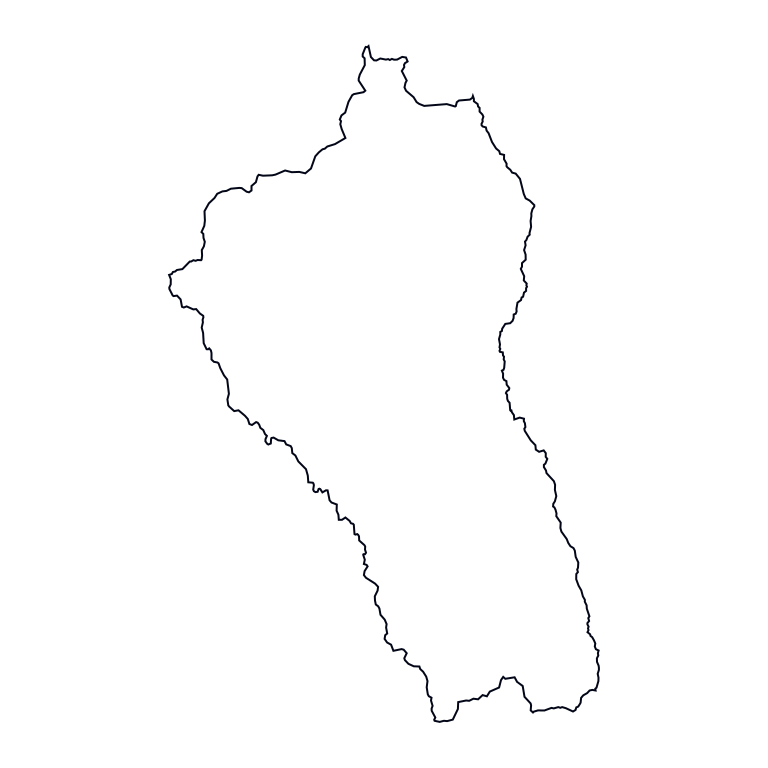 Luya, Amazonas, Peru
{"feature_id": "86281439B36739212274860", "entity_name": "Luya", "entity_type": "district", "adm_level": 2, "iso_a3": "PER", "parent_name": "Peru", "parent_adm1": "Amazonas", "projection": "natural_earth1", "projection_center": [-78.033, -6.324], "detail": "fine", "context": "isolated", "style": "outline", "palette": "ink", "viewbox_px": 768, "rotation_deg": 0, "n_neighbors": 0, "source": "geoboundaries", "source_scale": "gbopen_adm2", "svg_char_len": 6085}
<svg xmlns="http://www.w3.org/2000/svg" viewBox="0 0 768 768"><path d="M368.5,46.1L367.3,47.2L365.8,46.9L365.3,47.6L362.7,54.2L362.7,56.5L364.6,58.3L364.8,65.1L359.8,74.6L358.7,78.6L358.7,80.6L365.3,90.7L363.5,92.2L353.9,94.1L352.2,95.2L348.5,101.8L345.2,112.6L341.5,115.4L339.8,119.5L341.0,121.1L340.3,124.2L341.7,129.1L345.4,138.0L335.0,144.1L327.3,146.5L324.8,148.7L322.5,149.3L318.8,152.4L315.3,156.3L311.0,168.5L305.3,173.3L299.3,171.9L291.8,172.2L285.1,170.5L275.5,174.6L272.2,175.3L263.0,175.7L258.7,174.8L257.5,176.4L255.9,182.2L251.5,186.0L251.5,190.5L249.0,192.3L246.6,191.7L241.7,188.1L239.4,187.9L230.9,188.7L226.5,190.9L222.4,191.4L217.2,193.8L214.5,198.0L208.9,203.3L204.5,211.2L204.9,220.6L204.3,225.8L201.5,232.1L203.3,233.9L203.5,237.9L204.8,241.8L203.9,246.3L201.8,250.1L202.1,255.6L201.6,259.6L201.1,260.2L197.6,260.0L195.6,260.8L193.4,260.2L191.2,261.5L189.8,261.5L182.4,269.1L176.9,270.0L175.2,271.5L172.9,272.0L171.8,274.0L169.1,274.9L170.8,279.2L170.7,284.4L169.3,287.4L169.4,289.0L172.7,295.5L173.6,296.1L177.0,295.6L180.6,299.4L182.0,306.8L183.8,307.5L186.6,306.4L193.3,309.4L196.2,309.1L199.9,313.5L203.2,315.8L203.4,317.3L202.6,319.8L202.9,322.4L201.7,327.6L203.1,332.9L203.7,343.2L206.6,349.2L208.0,349.3L209.2,348.4L210.9,350.4L211.5,353.0L211.5,359.5L213.9,361.8L217.5,362.5L218.6,363.4L220.3,368.2L224.0,375.4L227.2,379.5L228.9,393.8L227.4,399.4L228.3,405.4L229.1,406.5L234.2,411.1L238.5,410.3L245.0,415.8L247.8,419.0L249.4,424.0L252.0,425.0L256.1,422.1L257.7,422.7L259.2,424.7L260.3,427.8L263.3,430.1L265.0,434.0L266.9,435.9L265.5,439.1L265.4,441.3L267.2,443.8L268.3,444.5L270.8,443.5L271.1,438.9L271.5,438.0L273.6,437.6L278.3,440.3L284.5,441.1L286.2,444.4L290.7,446.1L291.8,448.1L292.3,453.1L295.4,455.5L298.3,461.4L306.0,469.2L307.8,475.6L308.3,482.3L312.8,482.7L313.4,483.4L313.9,485.1L313.2,489.6L313.9,491.2L315.4,492.1L317.6,491.8L318.6,489.0L319.4,488.7L320.3,489.1L322.4,492.4L326.0,490.3L327.6,490.4L329.6,500.3L331.5,502.5L336.8,504.5L336.6,510.7L338.4,514.7L338.8,519.8L342.0,519.8L345.4,517.5L349.6,520.9L351.0,523.3L353.0,523.8L353.8,524.7L354.5,534.1L355.4,534.6L357.3,534.1L358.2,534.9L359.0,536.3L359.2,540.5L364.4,545.1L365.2,546.5L365.0,549.6L366.0,552.7L365.0,554.2L363.5,554.2L363.2,554.8L364.8,559.7L363.9,564.0L366.6,564.9L367.6,566.4L364.6,571.1L363.9,575.1L366.0,577.8L375.1,583.6L378.1,586.8L377.6,590.6L374.8,596.3L375.0,600.6L375.8,604.5L378.2,606.3L379.4,608.5L380.5,614.8L384.7,619.6L386.6,624.1L386.1,627.5L387.2,633.5L385.2,635.2L384.6,638.9L387.1,642.5L391.1,644.7L393.4,650.8L401.6,649.1L403.7,649.7L406.7,653.2L404.3,658.2L404.9,660.1L408.4,663.8L413.8,666.3L419.4,666.5L420.2,669.0L423.1,671.7L426.2,676.6L427.5,681.1L426.7,687.3L427.8,694.3L428.8,696.2L431.5,697.7L431.0,700.5L432.6,705.9L431.6,708.6L431.7,710.8L435.3,717.5L434.2,719.8L434.6,720.8L439.7,721.9L443.9,720.8L447.2,721.1L452.8,719.6L457.9,709.0L458.2,702.1L466.1,700.5L469.2,700.8L473.4,698.7L478.1,699.3L482.6,695.1L486.9,696.3L489.8,691.6L499.1,687.5L501.0,680.1L503.2,676.9L505.3,678.8L514.6,677.3L517.1,681.9L522.7,686.0L524.5,696.8L530.6,703.4L531.1,705.3L530.7,710.4L533.0,712.5L533.9,711.6L538.0,710.4L544.4,710.5L551.5,707.9L553.8,708.4L558.3,707.1L560.3,707.8L562.2,707.1L565.9,708.2L573.0,711.5L575.5,710.0L576.3,707.4L578.2,706.6L579.7,704.3L580.6,702.7L581.1,697.9L583.3,695.3L587.2,693.1L589.6,690.5L592.3,689.9L595.6,690.5L595.3,688.7L596.5,687.7L598.4,681.1L598.5,677.7L597.7,673.8L598.9,669.9L598.9,667.7L598.6,665.6L597.0,661.9L596.9,658.3L598.3,655.5L597.9,653.2L598.6,650.5L595.9,649.2L594.8,646.5L595.3,643.5L594.0,640.4L592.2,637.2L590.5,635.9L590.1,634.3L587.5,632.2L588.5,630.1L588.0,628.3L588.6,626.7L587.4,624.3L587.4,623.1L589.1,621.0L588.3,618.1L589.4,616.3L586.8,608.6L586.6,605.3L584.8,601.7L584.9,599.9L582.9,596.4L581.3,590.4L578.6,585.7L576.2,579.2L576.3,574.0L577.9,572.1L577.2,569.6L578.0,567.7L578.3,562.5L575.7,556.9L574.8,550.6L573.5,548.1L570.4,546.2L568.3,543.0L566.7,539.0L561.4,531.6L560.4,528.0L560.7,522.6L556.3,516.2L556.5,513.4L555.5,509.7L554.4,507.4L553.1,506.5L553.3,503.8L554.9,501.3L556.3,496.1L554.9,489.9L555.1,484.8L553.9,481.2L546.5,473.1L546.0,470.5L543.9,467.1L543.9,464.8L545.4,463.6L547.3,458.9L545.7,456.8L545.8,453.2L543.7,450.4L539.1,451.8L535.8,449.6L535.4,445.2L530.8,440.4L524.8,430.9L524.3,428.8L525.4,427.1L524.9,423.2L523.8,421.1L524.0,418.7L519.7,417.6L514.3,419.5L513.9,415.1L511.9,412.3L511.4,410.5L510.7,410.8L510.2,410.2L509.6,402.8L507.9,400.9L507.2,398.8L507.1,394.8L505.9,393.1L506.7,391.4L509.0,389.7L509.3,388.1L506.7,384.7L506.4,381.1L504.1,379.9L503.0,377.7L503.1,373.7L501.9,370.6L503.5,369.8L504.2,367.8L504.7,361.4L503.7,359.4L504.0,356.7L503.0,355.4L502.8,352.4L499.9,351.8L499.5,350.8L500.3,348.9L499.5,347.4L500.0,344.4L499.0,339.1L500.3,334.5L500.3,331.9L501.9,331.0L502.2,328.7L505.3,323.9L510.2,323.2L512.6,320.8L513.6,318.0L513.7,314.5L515.7,313.7L516.6,311.5L516.4,309.0L517.5,302.6L521.0,300.1L521.6,297.5L523.1,296.7L524.0,292.6L526.1,290.9L526.1,288.1L527.0,286.7L526.4,285.4L526.7,283.6L523.8,280.5L524.2,276.2L520.8,268.9L522.0,266.7L522.0,263.1L525.7,259.7L525.6,254.6L524.1,250.1L525.6,245.3L525.0,241.6L526.4,240.0L527.6,236.7L529.7,234.7L529.5,233.1L531.1,226.8L530.6,221.0L531.4,216.1L531.3,213.4L532.4,209.3L534.3,206.5L534.3,205.1L529.7,200.6L525.7,198.4L523.8,194.0L520.0,178.9L515.7,173.6L512.1,172.6L510.3,169.8L507.2,167.2L506.5,166.1L506.6,163.7L504.0,159.2L504.1,154.9L500.0,153.9L499.3,151.2L496.1,148.5L492.0,142.0L488.6,133.2L486.6,130.6L485.9,127.4L482.7,126.5L481.6,125.3L481.5,123.9L482.7,121.5L482.4,119.7L483.4,116.7L482.4,114.5L479.6,111.6L479.6,107.9L478.1,106.5L477.6,104.0L473.9,101.3L473.9,98.9L472.9,96.0L472.3,97.9L469.9,99.6L459.0,100.5L456.8,102.2L455.8,106.1L455.1,106.5L446.8,104.1L424.2,105.9L419.2,103.9L416.6,102.1L413.6,97.2L406.1,90.8L404.5,87.4L405.5,82.8L406.7,80.6L401.8,71.0L404.3,67.1L404.0,65.0L404.9,63.2L407.6,61.5L406.0,57.5L402.2,56.9L397.1,59.6L394.1,59.7L391.9,58.9L389.8,60.0L388.2,59.1L385.9,59.6L380.3,58.5L376.4,60.5L374.0,60.3L370.9,57.0L368.5,46.1Z" fill="none" stroke="#020617" stroke-width="2"/></svg>